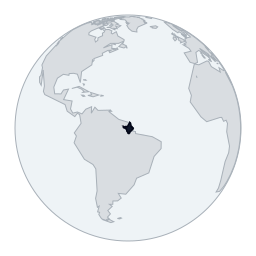 Amapá on an orthographic globe
{"feature_id": "BRA-681", "entity_name": "Amapá", "entity_type": "State", "adm_level": 1, "iso_a3": "BRA", "parent_name": "Brazil", "parent_adm1": "", "projection": "orthographic", "projection_center": [-52.454, 1.611], "detail": "fine", "context": "on_globe", "style": "filled", "palette": "ink", "viewbox_px": 256, "rotation_deg": 0, "n_neighbors": 0, "source": "natural_earth", "source_scale": "10m", "svg_char_len": 9803}
<svg xmlns="http://www.w3.org/2000/svg" viewBox="0 0 256 256"><circle cx="128" cy="128" r="113" fill="#eef3f6" stroke="#a8b0b8"/><path d="M90.6,21.8L87.7,23.1L91.5,22.1L91.9,24.7L94.1,23.8L95.7,24.7L98.8,24.0L98.0,25.0L101.2,23.7L101.3,22.9L102.8,22.1L104.7,21.8L103.9,22.9L102.9,23.2L103.7,23.4L102.5,24.2L104.1,23.6L103.0,25.2L106.9,23.2L108.3,24.1L106.8,25.3L103.4,25.8L91.5,30.8L89.0,32.7L88.8,34.8L96.0,37.2L94.7,39.4L95.5,42.0L97.8,40.3L98.0,37.8L102.6,35.7L102.4,33.2L104.2,32.1L105.3,29.6L109.0,29.5L111.9,30.9L111.2,33.1L112.4,33.9L116.3,31.7L117.9,36.0L124.1,39.6L124.1,41.0L118.5,43.4L110.6,43.4L103.4,47.9L112.0,44.7L111.8,48.8L113.4,49.5L115.6,49.3L117.2,47.8L118.0,49.3L109.8,52.7L109.0,51.3L111.6,50.2L107.9,50.4L102.3,53.3L102.7,55.4L93.9,58.6L94.1,60.3L92.3,62.2L92.6,59.2L91.8,64.9L81.6,71.6L80.3,82.6L77.4,74.2L73.7,73.3L69.2,73.6L68.9,75.3L63.3,74.3L57.4,78.2L53.8,87.1L54.7,93.8L61.0,93.9L63.5,90.0L68.5,89.1L63.6,99.6L72.1,101.0L70.5,109.0L72.8,113.1L77.4,112.0L82.0,113.9L85.8,109.2L91.6,106.7L91.3,113.2L94.9,107.2L98.0,110.4L109.9,110.1L108.9,111.6L118.8,119.4L130.2,122.9L132.9,127.8L131.5,130.7L135.5,131.6L135.6,133.6L152.3,136.7L161.2,141.7L161.1,148.6L154.1,156.4L148.8,172.9L136.6,178.2L134.1,184.8L125.8,194.2L118.3,193.4L121.2,198.1L117.6,200.9L112.9,201.0L112.8,204.3L109.4,204.3L112.2,206.4L107.8,210.5L110.4,213.9L107.5,217.1L109.4,219.0L107.8,218.9L106.6,219.6L106.9,220.7L101.6,218.8L98.8,214.5L99.6,212.3L97.6,211.9L99.2,206.1L97.4,207.3L95.6,198.4L97.1,190.9L95.8,168.9L93.0,164.5L84.4,159.3L74.1,142.8L76.4,136.0L74.3,132.9L81.1,123.3L79.6,114.5L77.3,113.3L74.8,116.6L67.2,111.2L65.1,104.6L44.8,94.6L43.4,91.4L44.4,86.1L43.2,69.9L41.2,85.3L39.6,82.3L39.5,76.9L40.9,75.5L42.5,67.7L41.9,65.0L46.3,55.9L56.5,44.7L55.9,46.3L58.4,43.7L59.3,41.8L59.3,41.2L69.1,32.6L72.8,29.8L81.5,25.4L90.6,21.8ZM79.1,86.4L88.9,91.7L82.7,92.4L84.0,91.4L81.7,89.2L77.1,87.2L71.8,88.5L79.1,86.4ZM84.8,80.2L83.1,79.8L84.9,79.7L84.8,80.2ZM58.9,41.3L59.1,42.0L57.4,44.3L57.0,43.9L58.9,41.3ZM62.4,37.4L63.1,37.1L60.3,39.4L60.7,38.8L62.4,37.4ZM103.3,29.9L104.3,29.8L103.5,30.3L103.3,29.9ZM102.8,29.0L101.2,29.7L100.8,29.4L101.7,29.0L102.8,29.0ZM104.9,28.3L100.1,28.8L99.4,28.4L102.5,26.4L104.9,28.3ZM100.6,22.8L100.5,23.6L98.9,23.4L100.6,22.8ZM99.2,22.9L92.0,23.8L93.1,22.7L95.2,22.5L95.2,21.6L99.3,20.6L100.2,20.8L98.7,21.7L101.4,20.7L99.2,22.9ZM103.3,21.8L101.7,22.0L102.5,21.0L105.8,20.5L104.5,21.0L103.3,21.8ZM93.2,21.9L94.4,21.3L98.0,20.2L98.9,19.9L99.4,20.5L93.2,21.9ZM105.2,21.0L107.4,20.3L108.7,20.5L104.8,21.6L105.2,21.0ZM101.4,21.0L101.9,20.6L102.7,20.6L101.4,21.0ZM114.6,21.3L112.7,21.3L113.0,20.7L114.6,21.3ZM108.1,20.1L107.6,20.0L107.5,19.9L109.2,19.5L108.1,20.1ZM101.9,19.8L103.2,19.6L101.9,19.5L104.5,18.9L104.4,19.4L105.6,18.9L106.4,18.8L105.4,19.5L101.9,19.8ZM110.5,18.7L111.3,19.6L114.7,19.6L114.5,20.0L109.1,20.0L110.5,18.7ZM107.6,19.1L109.4,18.9L108.3,19.4L106.4,19.9L107.6,19.1ZM106.4,18.3L102.4,19.1L102.5,18.9L106.4,18.3ZM111.7,18.6L111.5,18.4L112.1,18.5L111.7,18.6ZM108.3,18.2L106.8,18.5L107.1,18.3L108.3,18.2ZM112.3,17.9L112.5,18.2L111.3,18.4L112.3,17.9ZM110.6,18.0L111.3,17.7L110.7,18.4L109.9,18.1L110.6,18.0ZM108.7,18.0L108.4,18.0L109.3,18.0L108.7,18.0ZM117.0,17.1L116.5,17.8L113.7,18.3L114.6,17.4L117.0,17.1ZM110.8,222.6L102.3,219.5L106.9,220.9L109.0,219.3L113.8,221.7L110.8,222.6ZM117.4,218.5L120.5,217.6L121.5,218.1L119.7,218.9L117.4,218.5ZM209.0,49.8L207.3,48.1L204.4,45.2L205.8,46.7L207.5,48.3L208.4,49.4L206.9,48.1L205.9,47.1L204.9,46.5L209.7,52.2L212.0,54.4L211.1,55.9L214.7,59.8L215.5,61.8L209.7,56.0L208.0,53.8L199.6,48.3L201.3,50.6L209.4,56.2L208.2,55.8L210.6,59.6L207.9,56.5L198.7,50.4L195.9,52.4L197.5,62.4L194.8,63.6L190.1,62.3L184.2,52.9L191.0,51.2L189.0,48.4L183.1,44.8L185.7,44.8L184.1,43.3L186.3,42.8L184.8,39.0L186.3,38.4L181.5,34.3L181.6,33.6L184.4,36.1L187.2,37.7L190.4,37.0L189.7,36.1L186.3,33.6L187.6,33.9L183.9,31.7L183.7,30.7L180.9,30.2L176.8,27.9L174.3,26.1L172.5,25.4L176.6,28.4L178.6,29.7L181.2,30.9L186.4,35.2L186.2,36.1L178.9,31.7L177.9,32.8L172.6,29.4L164.9,22.7L163.8,21.6L171.1,23.9L173.8,25.1L172.5,24.7L177.6,26.9L175.3,25.8L176.4,26.3L174.2,25.3L181.8,29.1L189.2,33.4L196.2,38.4L202.8,43.8L209.0,49.8ZM231.5,83.5L227.3,75.2L226.1,72.9L225.9,72.7L225.7,72.2L227.6,75.9L225.3,72.2L232.4,85.9L234.7,92.1L235.1,93.2L237.3,100.8L238.9,108.5L240.0,116.4L240.6,124.3L240.6,132.2L240.0,140.1L238.9,148.0L237.2,155.7L235.0,163.3L233.9,166.3L230.7,174.1L229.1,177.1L226.8,181.6L223.6,186.6L219.5,191.4L216.1,192.0L218.5,188.0L220.8,180.3L225.1,161.6L228.7,152.7L229.5,146.1L226.7,131.7L227.5,123.4L226.1,120.2L223.6,121.3L221.7,117.4L219.9,117.5L206.7,121.7L201.0,116.9L190.2,101.9L191.4,95.4L188.7,88.4L194.3,64.0L198.8,64.8L207.0,60.9L208.7,61.5L211.3,66.6L220.3,72.1L219.0,67.7L223.6,70.6L224.4,70.2L218.3,60.8L217.0,61.2L213.3,56.9L211.5,52.8L212.0,53.0L217.8,60.0L223.0,67.4L227.6,75.3L231.5,83.5ZM196.3,75.7L197.0,77.7L197.0,77.8L196.3,75.7ZM110.3,110.0L111.6,111.3L109.7,111.3L110.3,110.0ZM81.6,95.1L83.8,95.2L84.8,96.2L83.1,96.5L81.6,95.1ZM101.0,95.1L103.7,95.7L100.8,96.2L101.0,95.1ZM90.5,92.4L98.8,95.0L93.1,96.8L87.9,95.4L91.7,94.8L90.5,92.4ZM83.2,83.8L84.5,84.2L83.9,85.3L83.2,83.8ZM86.2,80.2L85.6,80.3L85.1,79.4L86.2,80.2ZM112.3,48.6L112.9,48.4L115.1,48.6L113.8,49.2L112.3,48.6ZM126.3,45.7L127.2,48.3L125.6,46.8L124.0,48.0L118.8,46.6L123.8,41.7L122.5,44.0L126.3,45.7ZM113.3,43.8L116.0,44.9L112.8,43.9L113.3,43.8ZM173.4,36.9L175.6,37.5L176.9,39.2L175.0,40.9L173.1,38.4L173.4,36.9ZM178.4,38.1L171.6,33.9L172.5,32.9L173.2,34.1L174.5,33.9L175.8,35.8L183.3,39.5L184.9,41.3L180.5,42.9L181.0,41.3L178.9,40.6L178.4,38.1ZM152.8,27.6L149.9,26.6L155.7,25.8L157.7,26.9L156.0,28.4L152.5,28.0L152.8,27.6ZM111.3,25.1L109.8,25.4L110.0,25.0L111.4,24.5L111.3,25.1ZM113.7,21.3L118.0,23.8L116.5,24.2L120.8,25.7L118.5,27.3L115.8,26.2L117.3,28.7L114.0,28.4L115.4,30.1L109.7,27.5L106.7,27.5L110.8,26.8L113.0,25.3L113.0,24.7L110.9,23.0L105.7,22.8L107.0,21.5L109.3,20.7L110.7,20.6L109.4,21.4L112.3,20.7L111.6,21.7L113.7,21.3ZM135.5,16.7L133.4,16.8L139.0,17.1L138.3,17.5L139.0,17.5L139.9,18.1L142.2,18.9L141.3,19.1L142.6,19.3L143.2,19.9L144.6,20.3L143.6,20.9L145.3,21.6L143.9,21.6L147.0,22.7L144.2,22.2L144.8,23.0L147.2,23.0L138.2,26.9L136.7,29.4L136.9,32.0L132.0,31.2L128.7,28.5L126.8,25.4L129.1,23.3L126.5,23.6L126.8,22.7L128.7,22.9L125.9,22.1L126.7,21.5L125.0,19.8L120.5,19.5L119.8,19.0L121.9,18.8L119.7,18.5L123.2,17.9L122.8,17.6L125.9,16.9L130.3,17.0L129.4,16.7L131.7,16.4L135.5,16.7ZM118.0,16.9L123.4,16.5L125.6,16.7L119.4,17.9L119.3,18.2L115.3,19.3L112.1,19.1L113.6,18.8L114.2,18.4L114.9,18.6L114.8,18.2L116.8,17.8L117.2,17.5L118.8,17.4L118.0,16.9ZM208.3,59.5L209.2,59.6L210.0,59.3L211.6,61.8L208.3,59.5ZM202.1,55.4L202.6,55.0L205.2,58.0L204.3,58.1L202.1,55.4ZM200.6,52.3L202.4,54.7L200.9,53.4L200.6,52.3ZM184.6,35.7L184.8,35.3L185.7,35.8L186.6,36.8L184.6,35.7ZM152.1,18.6L150.5,18.4L150.0,18.2L146.0,17.5L146.2,17.3L148.7,17.7L152.1,18.6ZM219.4,62.5L220.5,64.3L219.8,63.5L219.5,63.0L219.4,62.5ZM216.8,62.9L218.4,63.9L217.2,63.6L216.8,62.9ZM151.6,18.3L150.0,17.9L151.1,18.1L151.6,18.3ZM146.2,17.1L147.1,17.2L145.8,17.2L146.2,17.1ZM147.0,17.0L146.3,16.9L146.0,16.8L147.0,17.0Z" fill="#d9dde1" stroke="#a8b0b8" stroke-width="1"/><path d="M123.5,126.3L123.6,126.5L123.8,126.6L124.0,126.8L124.3,126.9L124.6,126.9L124.7,127.0L124.8,127.0L124.8,126.9L125.0,126.9L125.1,126.7L125.3,126.6L125.5,126.5L125.8,126.7L126.0,126.7L126.3,126.5L126.5,126.7L126.5,126.8L126.4,126.8L126.7,126.8L126.8,126.9L127.0,126.9L127.2,126.7L127.3,126.7L127.5,126.5L127.6,126.4L127.7,126.2L127.8,126.1L127.8,125.9L128.0,125.5L128.1,125.4L128.2,125.1L128.3,124.9L128.7,124.3L128.9,124.1L128.9,123.9L129.0,123.8L129.0,123.7L129.3,123.5L129.3,123.3L129.5,123.2L129.7,122.9L129.8,122.9L129.8,123.0L130.0,123.4L129.9,123.1L129.8,122.8L129.8,122.6L129.8,122.4L130.1,122.6L130.3,122.8L130.4,123.0L130.5,123.1L130.5,123.3L130.5,123.7L130.5,123.9L130.5,124.0L130.5,123.8L130.6,123.6L130.7,123.8L130.7,124.3L130.7,124.5L130.8,124.8L130.8,125.0L130.9,125.4L131.0,125.5L131.1,125.8L131.2,126.1L131.2,126.3L131.2,126.2L131.3,126.3L131.4,126.5L131.4,126.8L131.5,126.8L131.4,127.0L131.3,126.9L131.3,127.0L131.5,127.0L131.7,127.3L131.8,127.4L131.8,127.5L132.0,127.6L132.3,127.6L132.5,127.6L132.8,127.7L132.9,127.8L133.0,127.8L133.0,128.0L133.1,128.4L133.1,128.5L132.9,128.7L132.6,128.8L132.8,128.8L133.0,128.8L132.9,129.0L132.7,129.2L132.5,129.3L132.3,129.5L132.2,129.6L131.9,129.9L131.8,130.1L131.6,130.4L131.5,130.6L131.3,130.8L131.1,130.8L130.9,130.9L130.8,131.0L130.7,131.2L130.5,131.3L130.4,131.3L130.2,131.3L130.3,131.4L130.2,131.6L130.1,131.8L130.0,132.0L129.9,132.2L129.7,132.2L129.8,132.2L129.7,132.3L129.8,132.3L129.8,132.2L129.8,132.3L129.7,132.4L129.6,132.5L129.4,132.9L129.5,133.1L129.4,133.2L129.3,133.3L129.2,133.4L128.9,133.4L128.9,133.5L128.7,133.5L128.7,133.4L128.4,133.4L128.2,133.3L128.2,133.2L128.1,132.9L127.9,132.9L127.9,132.7L127.9,132.4L127.7,132.4L127.6,132.2L127.7,131.9L127.3,131.6L127.2,131.6L127.0,131.2L126.9,131.2L126.9,130.9L126.8,130.7L126.7,130.4L126.7,130.2L126.7,129.9L126.7,129.7L126.4,129.6L126.2,129.4L126.1,129.2L126.0,128.9L126.1,128.7L125.9,128.7L125.7,128.5L125.6,128.4L125.4,128.4L125.2,128.4L125.0,128.2L124.9,128.2L124.7,128.0L124.8,128.0L124.7,128.0L124.7,127.9L124.4,127.8L124.3,127.7L124.2,127.7L123.9,127.7L123.6,127.7L123.5,127.3L123.4,127.2L123.5,127.1L123.4,127.0L123.4,126.9L123.5,126.9L123.6,126.7L123.5,126.4L123.4,126.3L123.5,126.3ZM131.9,127.0L132.0,127.0L132.2,127.3L132.1,127.5L131.9,127.5L131.9,127.3L131.8,127.2L131.9,127.0ZM132.6,129.7L132.3,129.7L132.5,129.4L132.8,129.4L132.7,129.6L132.6,129.7ZM132.7,129.3L132.7,129.2L132.8,129.2L133.0,129.1L132.9,129.2L132.8,129.3L132.7,129.3ZM131.8,127.0L131.7,126.9L131.8,126.9L132.0,126.9L132.0,127.0L131.9,127.0L131.8,127.0Z" fill="#0f172a" stroke="#020617" stroke-width="1.5"/></svg>